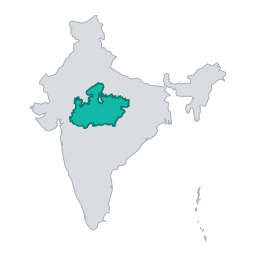 where Madhya Pradesh sits in India
{"feature_id": "IND-3261", "entity_name": "Madhya Pradesh", "entity_type": "State", "adm_level": 1, "iso_a3": "IND", "parent_name": "India", "parent_adm1": "", "projection": "robinson", "projection_center": [78.282, 23.967], "detail": "fine", "context": "in_parent", "style": "filled", "palette": "teal", "viewbox_px": 256, "rotation_deg": 0, "n_neighbors": 0, "source": "natural_earth", "source_scale": "10m", "svg_char_len": 8991}
<svg xmlns="http://www.w3.org/2000/svg" viewBox="0 0 256 256"><path d="M30.2,106.6L34.0,105.7L34.4,103.0L41.3,104.1L45.9,102.2L47.4,103.6L49.7,102.3L47.2,92.4L44.6,92.1L43.5,90.5L43.9,85.8L39.6,83.9L39.9,81.0L45.8,73.9L48.4,76.4L55.6,74.4L58.9,68.2L62.6,66.0L65.9,58.9L68.8,57.7L69.4,55.0L74.3,50.3L73.6,49.1L73.9,44.2L79.0,41.1L78.4,39.8L74.8,38.9L74.7,36.8L72.6,36.7L72.3,35.0L70.4,33.4L71.4,30.9L70.2,29.3L72.1,27.5L69.8,26.5L70.3,25.2L69.1,24.1L70.2,21.9L72.5,21.1L81.7,23.1L87.5,21.3L95.3,15.4L96.9,15.5L96.7,17.3L98.8,22.3L103.0,24.7L101.4,27.0L101.9,31.0L104.1,33.6L104.7,38.8L102.7,39.9L101.2,38.1L99.2,38.7L101.5,43.1L101.5,48.0L103.9,47.4L106.5,50.6L110.9,52.2L111.1,54.0L116.6,57.1L112.6,60.5L110.4,67.6L122.3,75.1L127.9,76.7L128.3,77.9L132.0,79.0L137.3,78.1L140.8,79.6L141.4,81.6L145.1,83.9L147.3,83.2L148.9,85.0L163.7,86.8L164.7,84.1L163.5,80.9L164.4,74.5L167.3,73.4L168.8,74.0L168.5,77.8L169.5,79.5L168.5,80.6L171.3,83.4L175.5,84.3L179.3,82.8L182.0,83.7L190.4,83.1L190.9,79.7L187.5,77.6L187.7,76.0L193.8,75.0L198.3,69.2L201.7,68.4L207.3,63.8L212.5,66.0L216.6,62.8L218.8,64.3L217.3,65.6L217.5,66.9L219.4,65.9L220.5,68.1L218.6,70.9L220.7,70.5L225.6,72.4L225.8,74.6L222.9,77.3L224.5,81.0L222.0,79.3L218.4,79.9L211.5,85.1L211.7,89.4L208.2,95.1L209.1,97.2L205.4,106.4L200.0,104.9L200.4,112.2L199.1,113.0L199.2,119.3L197.6,121.2L196.3,120.1L195.3,121.3L192.8,107.9L190.6,107.9L188.7,113.4L187.4,111.7L186.6,112.5L185.5,108.7L186.8,104.7L190.2,103.9L191.7,102.2L192.4,98.5L194.0,98.0L191.2,96.3L180.3,96.4L176.2,95.3L176.0,90.2L174.9,88.1L174.2,89.7L173.0,89.7L170.5,86.6L169.3,87.8L166.1,85.3L166.7,86.9L164.4,90.6L170.3,95.6L167.0,96.1L164.1,100.5L168.9,103.3L167.9,108.0L169.1,111.3L170.4,111.8L171.5,123.8L170.2,123.1L169.4,124.4L168.6,120.2L168.3,123.8L166.3,123.0L165.2,124.0L165.6,120.0L163.9,118.2L165.4,120.2L164.0,122.5L158.3,125.0L156.7,127.1L157.5,131.3L156.0,134.3L153.5,136.7L152.6,136.4L152.4,137.6L148.1,139.2L147.6,137.7L145.9,138.7L145.4,140.0L147.2,139.7L142.7,143.6L138.2,150.2L126.3,159.5L125.7,163.7L122.3,165.6L119.0,165.5L116.9,170.0L114.7,169.0L112.3,170.4L110.6,175.4L112.4,187.8L111.3,186.1L110.7,186.9L112.6,188.8L108.2,204.9L109.3,205.8L109.2,212.6L105.6,213.1L103.0,218.6L103.6,220.4L106.3,221.5L103.3,220.9L99.4,222.2L97.9,223.9L97.0,227.8L93.2,230.2L90.1,228.4L86.6,223.8L85.0,219.5L84.4,215.7L85.9,218.8L85.1,215.8L80.9,204.5L75.6,195.1L71.7,179.9L68.8,175.4L68.0,170.8L67.0,170.4L64.7,164.5L61.6,147.4L62.5,144.5L62.3,143.4L61.4,144.8L61.2,144.0L61.2,142.3L62.4,142.5L61.1,141.8L60.3,138.1L61.9,131.5L60.1,126.0L60.9,125.3L60.0,125.3L63.4,123.1L59.6,123.5L60.7,121.3L59.5,121.3L59.7,119.9L61.4,119.3L57.2,119.0L57.8,120.4L56.2,122.5L57.6,124.8L56.0,127.7L49.2,131.0L45.5,130.2L35.4,118.8L36.0,117.7L37.5,118.9L43.6,116.6L45.8,112.6L40.2,115.2L37.3,114.5L33.3,111.8L31.9,108.8L34.3,106.6L30.6,108.6L30.2,106.6ZM197.8,203.1L196.5,200.5L198.2,197.7L198.6,188.8L199.9,187.4L198.8,192.1L199.6,195.3L198.7,196.1L197.8,203.1ZM205.8,236.8L205.8,240.6L204.6,238.5L205.8,236.8ZM196.4,210.8L195.5,210.9L195.4,209.3L196.4,208.1L196.4,210.8ZM202.6,230.7L202.6,231.8L202.3,230.8L202.6,230.7ZM203.7,229.2L203.3,230.6L203.4,229.1L203.7,229.2ZM204.9,235.5L204.5,236.6L204.2,236.2L204.9,235.5ZM198.6,221.6L198.0,221.7L198.3,221.1L198.6,221.6ZM197.6,203.7L197.0,204.3L197.3,203.3L197.6,203.7ZM199.8,199.2L200.1,200.3L199.4,199.5L199.8,199.2ZM201.0,228.9L200.5,228.7L200.7,228.1L201.0,228.9ZM197.7,192.1L197.4,193.2L197.6,191.9L197.7,192.1Z" fill="#d9dde1" stroke="#a8b0b8" stroke-width="1"/><path d="M98.8,83.0L100.4,83.8L101.3,83.5L101.6,83.6L101.9,83.8L102.4,84.3L102.8,84.2L103.0,85.1L103.6,86.1L103.6,86.8L103.7,87.0L103.4,87.5L102.9,87.8L103.0,88.2L102.8,88.4L102.8,88.6L103.0,89.0L102.0,91.0L101.6,91.4L101.5,91.8L101.6,92.6L100.3,93.1L99.1,93.3L98.8,94.0L98.3,94.5L99.0,96.1L98.8,97.6L97.7,98.7L98.1,99.2L98.4,100.5L98.1,101.4L98.5,101.9L98.9,102.2L98.8,102.7L99.0,103.0L99.4,102.9L99.7,102.3L99.9,102.2L101.0,103.1L101.6,103.3L101.7,103.6L102.0,103.7L103.1,102.1L103.2,101.8L102.8,101.6L102.8,101.3L102.5,100.5L102.2,100.4L101.6,100.5L101.4,100.3L101.5,99.8L101.5,98.8L101.0,98.1L100.7,96.8L100.4,95.9L100.0,95.5L100.5,94.7L100.5,94.4L101.0,94.4L101.5,94.9L101.6,94.3L101.4,94.0L101.5,93.7L101.8,93.5L102.0,94.3L102.3,94.2L102.3,93.7L102.6,93.4L102.8,93.6L102.7,94.1L103.0,94.1L103.0,94.3L102.9,95.2L102.4,95.7L102.5,96.2L103.2,95.7L103.3,95.4L103.6,95.6L103.4,95.9L103.5,96.2L104.0,96.1L104.2,96.5L104.5,96.2L105.2,96.3L105.3,96.1L105.1,95.3L105.4,94.7L105.5,94.9L105.3,95.4L105.4,95.7L105.7,95.4L106.3,95.3L105.6,96.4L105.5,96.8L105.7,97.0L106.0,97.0L106.0,96.5L106.3,96.5L106.4,96.8L106.5,96.8L107.0,96.2L107.7,96.4L108.5,96.4L108.7,96.6L109.2,96.4L108.9,95.9L109.0,95.7L109.5,95.6L110.6,94.8L110.9,94.9L111.4,94.3L111.9,94.3L112.1,94.6L112.2,95.3L112.7,95.7L112.9,96.1L112.1,96.9L111.9,96.9L111.9,97.3L112.1,97.5L112.8,97.5L112.8,97.1L113.1,97.5L113.3,97.5L113.5,97.2L113.2,97.0L113.1,96.7L113.7,96.8L113.8,96.4L114.4,97.0L114.9,97.0L114.9,96.8L114.5,96.4L115.3,96.3L115.4,96.0L115.7,95.9L115.8,96.1L115.2,97.7L115.5,97.8L116.1,97.7L116.4,98.0L116.8,97.9L117.5,98.3L117.7,98.0L118.0,97.9L118.0,97.5L118.4,96.9L118.4,96.3L119.2,96.4L119.3,96.7L119.6,96.8L119.9,96.6L119.6,96.3L120.4,96.0L120.7,96.9L121.6,97.1L121.9,97.4L122.5,97.4L122.7,97.8L122.7,98.2L123.2,98.6L123.8,98.7L124.4,99.1L124.9,98.8L124.9,99.5L125.1,99.5L125.3,99.2L125.3,99.8L125.7,100.0L125.6,100.5L126.3,100.5L126.4,99.8L127.6,100.1L128.3,99.8L128.4,100.1L128.7,100.2L129.1,100.8L128.9,101.0L128.6,101.0L128.5,102.1L128.7,102.3L128.7,102.9L128.5,103.8L128.1,104.0L128.5,104.5L128.5,104.9L129.0,105.5L128.8,105.9L128.1,106.3L127.9,106.7L126.9,107.2L124.1,107.0L123.6,106.7L123.2,106.7L122.3,107.0L121.4,106.3L121.0,106.5L121.5,107.7L121.3,108.2L121.0,108.4L120.8,108.9L121.1,109.5L122.0,109.0L123.1,109.4L123.8,110.4L124.4,110.4L124.9,110.9L124.7,112.1L124.5,112.5L124.1,112.5L123.3,112.9L123.2,113.7L122.1,114.6L122.1,115.9L121.4,116.3L121.2,116.8L120.5,117.0L119.7,117.7L119.3,117.2L118.5,117.6L118.2,117.3L118.0,117.5L117.7,118.0L117.7,118.8L117.1,119.5L117.0,120.1L116.8,120.2L116.9,120.6L116.7,120.7L116.4,120.3L116.2,120.4L115.8,121.5L115.7,122.7L115.5,123.0L115.1,123.1L115.0,125.2L114.7,126.2L114.4,126.4L113.4,125.8L112.9,125.9L113.0,125.5L112.9,125.2L112.4,124.8L112.2,124.4L111.4,123.9L110.2,124.7L109.9,124.5L109.1,124.8L108.9,124.4L108.5,124.3L107.8,124.4L107.2,124.7L107.0,124.1L106.6,123.8L105.1,123.4L104.8,123.8L103.0,124.3L102.8,124.5L102.9,124.8L102.0,125.1L100.8,125.2L99.9,124.8L99.5,125.0L99.4,124.2L99.0,124.1L98.7,124.4L97.9,124.6L97.1,125.3L96.0,125.8L95.2,125.6L94.6,126.0L94.1,125.8L93.6,125.9L93.3,125.7L93.1,125.9L92.7,125.0L92.7,124.8L93.7,124.7L93.5,123.4L93.0,122.9L92.0,122.9L91.3,123.5L91.0,123.3L90.6,123.3L90.0,123.5L89.2,124.1L88.5,124.2L88.3,125.2L87.9,125.8L87.3,126.2L87.4,127.0L87.2,127.3L86.4,127.5L85.8,128.2L84.9,128.4L84.1,128.2L83.7,127.8L83.7,127.6L84.0,127.4L83.9,126.8L83.6,126.1L82.2,125.8L79.8,126.0L77.6,125.8L77.1,125.5L76.7,124.8L76.3,124.5L75.3,124.1L74.3,124.2L73.0,123.3L72.8,122.6L72.8,121.5L72.2,120.9L71.2,121.7L70.3,121.5L70.4,120.6L69.9,119.5L69.9,118.6L70.1,118.4L70.4,118.6L70.8,118.5L71.2,118.1L70.8,117.9L70.2,117.8L69.7,117.4L69.7,117.1L70.5,117.1L71.4,116.3L72.0,116.1L72.6,114.7L72.4,114.3L72.0,114.2L71.7,113.0L72.2,112.7L72.8,112.8L74.4,112.0L74.0,111.5L73.2,111.3L73.1,111.0L73.4,110.4L73.8,110.0L75.3,109.1L75.9,108.1L75.7,106.6L76.1,105.1L75.7,104.5L75.5,103.6L75.2,103.4L74.5,103.3L74.8,102.6L75.3,102.0L75.2,101.8L74.5,101.5L74.4,101.3L74.9,100.2L74.8,99.7L74.9,99.3L75.1,99.7L75.6,100.2L76.1,100.1L76.2,99.3L75.2,99.2L75.1,98.2L75.4,98.2L76.3,98.7L76.7,98.4L77.0,98.4L77.0,97.8L77.3,97.3L78.5,97.1L78.3,97.6L78.5,98.1L78.1,98.1L78.0,98.3L78.4,98.5L79.0,98.4L79.1,98.5L78.8,98.8L78.4,98.9L77.6,98.4L77.8,99.0L77.5,99.4L77.7,99.7L79.4,99.9L80.7,99.7L81.4,99.3L81.8,99.8L81.8,100.2L82.2,100.7L82.2,101.5L82.0,101.8L81.5,101.6L81.3,102.1L81.4,102.8L81.8,103.1L81.4,104.1L81.8,104.7L81.3,105.4L80.9,105.2L80.5,105.5L79.9,105.1L79.6,105.5L79.7,106.1L80.2,106.4L80.4,106.9L81.0,107.1L81.2,106.5L81.2,106.1L81.7,106.4L83.0,105.7L83.0,105.2L83.9,104.4L83.9,103.0L84.3,102.7L84.4,103.0L84.5,103.2L86.2,103.4L86.5,103.8L86.8,103.7L87.0,103.2L87.5,103.0L87.5,103.6L88.3,104.2L88.9,104.1L89.1,103.6L88.6,102.8L88.5,101.0L89.0,101.0L89.2,101.5L89.3,101.6L90.1,101.2L90.2,100.9L89.9,100.0L89.5,99.6L88.8,99.5L88.4,99.0L88.4,98.8L89.0,98.5L88.8,97.5L89.0,97.3L89.8,96.9L91.2,96.6L92.1,96.8L92.4,96.5L92.5,95.9L92.3,95.4L92.3,95.1L92.2,94.7L92.3,94.4L92.1,94.1L91.7,94.1L91.4,94.3L91.1,94.9L90.5,94.8L89.3,95.2L89.0,95.0L88.3,95.0L87.9,94.7L87.5,94.6L87.2,94.2L86.8,94.0L86.6,93.3L86.4,92.0L86.6,91.8L86.7,91.2L87.5,90.4L88.1,90.4L89.3,89.0L89.8,88.7L90.0,88.4L90.4,88.3L90.7,87.9L91.3,87.9L92.1,86.9L92.7,86.9L92.8,86.5L93.3,86.5L94.0,86.0L94.7,85.8L95.5,85.3L95.4,85.0L95.8,84.9L95.9,84.6L96.7,84.3L97.1,84.4L97.3,83.5L97.6,83.6L97.7,83.3L98.3,83.4L98.5,83.1L98.8,83.0Z" fill="#14b8a6" stroke="#0f766e" stroke-width="1.5"/></svg>